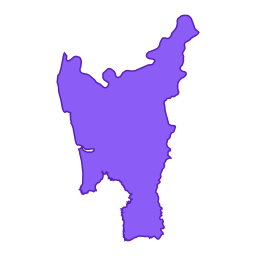 the district of Francisco Pizarro (Salahonda), Nariño, Colombia
{"feature_id": "7082276B21872376500424", "entity_name": "Francisco Pizarro (Salahonda)", "entity_type": "district", "adm_level": 2, "iso_a3": "COL", "parent_name": "Colombia", "parent_adm1": "Nariño", "projection": "orthographic", "projection_center": [-78.58, 2.086], "detail": "fine", "context": "isolated", "style": "filled", "palette": "violet", "viewbox_px": 256, "rotation_deg": 0, "n_neighbors": 0, "source": "geoboundaries", "source_scale": "gbopen_adm2", "svg_char_len": 5855}
<svg xmlns="http://www.w3.org/2000/svg" viewBox="0 0 256 256"><path d="M170.9,158.0L169.5,156.5L167.7,155.3L168.0,154.7L168.1,151.9L168.6,151.2L169.4,150.9L169.9,151.0L170.4,150.5L170.4,149.7L170.2,149.0L167.6,146.9L166.4,143.9L167.0,142.6L167.4,139.7L168.8,138.9L169.9,137.6L170.4,135.0L171.2,133.5L171.8,132.7L173.1,132.2L174.1,131.0L174.8,129.0L174.9,128.2L175.3,127.5L175.3,126.6L174.8,125.8L171.1,125.4L169.4,124.8L168.6,123.8L165.2,111.1L164.5,104.6L164.1,103.9L164.3,101.6L164.7,100.9L165.8,100.3L167.2,98.4L170.3,98.2L171.7,96.5L172.2,96.4L173.9,96.6L174.6,96.4L176.8,94.7L177.4,94.6L178.3,93.7L178.6,93.0L178.7,91.7L178.0,90.4L177.6,86.4L177.9,83.0L179.1,80.8L180.0,79.7L181.5,78.1L182.9,77.7L184.3,76.8L186.2,74.4L185.9,72.6L184.7,71.8L182.1,71.2L180.5,69.8L180.3,69.0L180.2,68.0L180.7,66.5L182.0,65.4L182.4,64.6L183.4,61.5L183.4,57.2L183.7,56.3L182.7,54.5L182.6,53.2L182.8,52.4L184.6,49.4L184.9,48.5L184.8,46.8L184.4,45.2L184.6,43.6L185.1,42.6L185.7,42.1L188.1,40.9L189.9,39.7L191.4,38.0L196.3,35.2L197.9,33.8L198.8,32.3L196.1,30.0L194.8,28.4L191.6,19.4L191.2,18.5L189.8,16.9L188.6,15.9L186.9,15.4L183.7,15.4L181.5,15.9L178.9,17.9L177.8,19.0L177.2,20.5L177.4,23.8L176.4,27.5L175.0,29.7L171.9,33.1L171.4,35.0L170.3,37.0L168.5,38.4L167.3,38.5L164.5,37.9L163.0,38.0L162.1,38.8L160.6,41.6L159.7,44.2L159.4,45.9L157.4,48.5L154.2,50.0L148.6,52.2L147.0,53.5L146.5,55.0L146.5,56.2L147.2,57.4L148.3,58.2L149.9,58.7L152.9,59.0L154.5,60.0L154.7,61.3L152.4,64.6L148.2,65.0L135.7,70.5L133.8,71.0L131.6,71.1L126.7,70.5L125.6,70.9L122.9,72.7L121.0,75.7L119.7,77.1L117.4,77.4L116.4,77.1L115.4,74.9L115.3,73.5L114.2,71.5L111.1,69.1L109.7,68.6L107.9,68.9L103.1,73.3L103.0,74.8L102.9,77.5L104.3,80.0L108.4,82.6L108.6,83.2L108.6,84.6L107.8,86.2L107.0,87.1L106.1,87.6L105.0,87.7L103.7,87.4L100.3,84.3L97.1,82.8L96.2,82.2L94.4,79.7L88.9,75.1L86.2,74.0L85.2,74.0L82.1,73.2L80.6,72.1L80.0,70.3L80.0,68.6L80.7,67.0L81.2,63.0L81.2,61.0L80.6,58.6L79.4,57.3L76.0,56.3L74.0,56.9L70.7,59.7L69.3,60.6L67.9,61.0L66.8,60.4L66.3,58.8L66.8,56.0L64.4,53.0L63.7,54.7L61.0,68.4L59.5,73.6L57.9,75.5L57.2,82.2L57.9,84.1L58.1,85.7L58.5,86.6L58.6,90.1L59.2,93.5L60.9,99.6L62.6,108.9L63.7,111.3L64.6,112.2L65.1,112.2L66.7,111.4L70.7,112.9L70.2,114.5L70.6,117.2L70.6,119.3L71.2,121.8L71.0,123.1L72.2,125.2L73.2,128.3L75.5,141.1L76.4,143.9L77.4,144.9L78.9,144.9L80.6,145.4L82.9,146.6L85.3,149.3L89.3,149.3L91.8,148.8L93.9,149.0L94.0,150.8L91.4,152.2L90.6,152.3L89.3,152.0L88.4,152.1L88.0,152.4L84.3,151.0L82.5,149.3L82.3,147.5L82.0,147.3L81.4,147.4L80.7,148.5L78.7,149.2L79.7,151.8L79.8,153.3L81.7,161.5L83.0,173.6L82.7,183.4L82.0,185.1L80.8,186.4L81.0,187.4L80.2,188.0L80.4,189.1L79.6,189.7L81.0,190.2L81.1,191.2L81.6,191.1L81.6,191.4L81.0,191.8L81.2,192.3L81.8,192.2L82.4,192.8L82.0,193.7L82.9,193.6L82.9,194.1L83.4,194.2L85.0,193.3L86.8,193.1L87.9,192.6L87.8,191.8L89.1,190.5L92.0,190.9L93.0,191.2L93.5,191.7L93.9,191.6L94.9,190.6L96.2,190.7L96.3,190.1L95.5,189.7L95.5,189.4L95.2,185.5L95.8,185.2L95.9,184.6L97.1,183.3L98.8,182.5L100.1,181.4L100.6,180.5L100.7,179.8L102.0,179.2L102.4,178.6L103.0,176.6L103.1,174.9L102.0,171.7L102.2,171.4L103.2,173.2L104.7,174.2L105.2,174.0L105.5,173.5L106.0,172.4L105.9,171.8L106.2,172.2L106.8,172.1L107.0,173.8L107.7,173.4L107.5,174.3L108.6,176.8L108.5,178.0L109.1,177.8L109.0,178.5L110.7,178.4L110.4,179.5L110.6,180.1L111.2,180.2L111.8,179.8L112.1,178.6L112.6,179.2L113.1,180.4L113.8,180.4L114.7,179.7L117.6,180.3L119.4,180.3L120.2,181.9L121.5,182.0L121.4,183.4L122.3,184.9L123.8,185.6L123.5,186.6L124.8,188.2L125.0,189.6L125.9,190.5L127.3,190.7L128.6,192.3L130.8,194.2L131.4,193.8L131.7,194.1L130.6,194.9L129.9,195.8L129.5,197.4L128.3,197.7L129.9,198.1L130.7,199.3L131.2,199.4L131.6,199.1L132.1,199.5L131.0,200.2L130.3,201.5L129.1,201.3L130.3,202.2L130.0,202.6L129.6,202.3L129.8,202.9L129.4,203.0L129.1,203.4L128.9,203.3L129.2,202.7L128.6,202.4L128.7,202.0L128.4,202.1L128.3,201.8L127.9,202.3L127.3,202.1L127.7,203.6L126.7,204.1L126.9,205.5L126.7,206.8L125.2,207.3L123.8,207.2L122.8,208.1L122.9,208.8L122.6,209.1L122.1,209.0L122.0,209.4L121.8,209.0L121.4,209.0L121.7,209.3L121.4,209.8L121.9,209.8L122.1,211.1L121.9,212.4L121.6,212.2L121.5,212.6L122.2,212.8L121.9,212.9L122.0,214.3L121.7,214.8L122.1,214.8L122.1,215.6L122.6,216.0L122.4,216.6L122.7,216.7L122.8,217.5L122.6,219.6L123.2,219.9L123.3,220.2L123.7,220.0L123.9,220.5L124.0,224.1L123.2,225.2L123.6,226.2L123.4,226.9L123.9,227.6L123.7,228.8L124.0,229.2L123.5,229.5L123.5,229.8L123.9,230.5L123.4,231.0L124.0,231.4L123.4,231.9L123.4,234.7L123.9,234.9L123.6,235.2L123.9,235.9L123.5,236.5L124.0,236.8L123.8,237.2L124.4,237.5L124.7,238.6L125.1,238.8L124.7,239.2L124.9,240.1L125.2,239.7L125.6,239.7L125.7,240.1L126.0,239.9L126.8,240.2L126.8,239.8L127.6,240.6L128.1,240.3L128.4,240.6L129.8,240.1L130.6,240.1L134.0,237.9L136.6,237.1L137.5,236.5L139.8,236.0L143.3,236.2L144.9,236.5L148.3,236.4L149.1,237.1L149.7,238.2L151.0,237.1L151.4,237.6L153.3,236.5L154.4,236.3L155.6,237.2L156.9,238.6L158.1,239.1L158.8,238.8L159.9,237.5L161.4,234.9L162.1,234.2L163.1,234.1L162.9,232.8L161.1,230.7L160.7,229.3L160.8,228.8L161.3,228.5L163.3,228.6L164.2,227.5L164.0,226.6L163.3,225.7L162.4,223.1L163.0,222.6L163.3,221.8L162.5,219.5L160.3,219.4L160.0,219.0L159.7,218.0L160.2,216.7L161.8,215.5L161.6,215.0L160.6,214.1L160.7,213.7L161.6,213.2L161.9,212.6L161.8,212.3L160.9,211.7L160.5,210.2L160.8,209.5L161.8,209.2L162.0,208.2L161.6,207.7L160.7,207.4L159.5,205.9L159.7,205.2L159.6,204.5L157.9,201.8L158.5,199.5L158.5,196.9L157.6,195.6L157.5,194.0L155.8,192.5L155.7,192.0L156.3,189.7L157.4,186.9L157.1,184.7L159.0,183.2L160.0,182.0L159.9,181.4L158.6,180.2L159.1,179.5L160.1,178.6L160.9,176.9L160.5,174.4L161.4,171.8L162.1,170.7L162.2,169.3L163.6,168.2L164.1,167.2L164.6,165.4L164.0,164.1L164.1,163.4L165.4,161.5L166.0,160.1L167.2,159.0L169.3,158.1L170.9,158.0Z" fill="#8b5cf6" stroke="#5b21b6" stroke-width="1.5"/></svg>